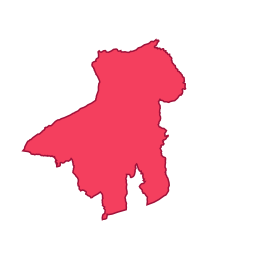 the district of Moniquira, Boyacá, Colombia, rotated 41°
{"feature_id": "7082276B18145411913981", "entity_name": "Moniquira", "entity_type": "district", "adm_level": 2, "iso_a3": "COL", "parent_name": "Colombia", "parent_adm1": "Boyacá", "projection": "robinson", "projection_center": [-73.547, 5.87], "detail": "fine", "context": "isolated", "style": "filled", "palette": "rose", "viewbox_px": 256, "rotation_deg": 41, "n_neighbors": 0, "source": "geoboundaries", "source_scale": "gbopen_adm2", "svg_char_len": 5844}
<svg xmlns="http://www.w3.org/2000/svg" viewBox="0 0 256 256"><g transform="rotate(41 128 128)"><path d="M168.8,213.9L169.0,213.4L170.5,211.7L171.1,210.3L169.7,207.8L168.9,206.8L170.1,206.2L172.6,203.1L175.4,198.2L180.2,190.8L178.8,188.9L177.5,187.7L176.2,185.8L174.0,184.7L173.1,183.7L171.4,182.5L170.6,180.1L170.4,178.3L168.8,176.5L166.6,174.9L165.1,173.1L164.2,171.5L162.1,170.0L161.0,168.4L160.0,168.1L159.4,167.3L158.9,165.7L158.3,164.9L157.3,164.0L159.3,162.3L159.8,162.1L161.4,162.8L162.2,163.5L162.5,163.5L162.9,163.2L163.3,162.4L163.8,161.0L163.5,159.1L161.9,156.1L161.4,155.7L160.7,154.6L160.3,153.0L159.5,153.0L158.2,151.4L158.0,149.5L158.7,149.5L160.2,150.7L162.1,151.6L162.8,152.2L163.6,152.2L164.3,152.7L165.5,152.7L166.3,151.9L167.8,153.9L168.2,153.7L168.3,153.0L168.7,152.6L170.2,153.6L170.6,154.5L172.4,156.0L173.2,156.1L173.8,155.9L173.9,157.6L174.6,157.4L175.2,157.8L176.0,157.1L176.2,159.5L175.1,160.8L174.8,161.5L174.7,163.0L175.0,164.7L176.7,165.3L177.9,165.3L179.3,165.5L180.4,166.5L181.3,166.7L182.0,167.3L182.5,167.2L182.9,166.6L183.6,166.5L186.1,167.2L188.0,167.4L189.3,169.3L190.8,170.7L192.7,173.5L196.3,166.9L198.2,161.8L199.7,155.5L200.5,153.7L200.4,152.4L199.8,149.0L199.2,148.1L198.8,147.9L197.6,146.7L196.8,144.3L194.7,142.3L191.1,139.9L190.1,139.5L189.4,139.5L188.1,138.6L186.6,138.2L186.0,137.1L185.2,137.1L184.4,134.9L183.1,133.7L182.2,133.6L181.7,133.3L180.4,131.7L179.0,129.5L177.9,128.5L177.5,127.8L176.9,127.4L176.8,126.7L175.7,126.0L175.0,126.1L173.7,126.7L171.1,126.6L170.4,125.5L169.1,125.0L168.7,123.6L165.6,122.3L165.5,120.4L164.7,120.0L164.4,119.4L164.8,118.5L165.6,117.8L165.6,116.5L165.3,116.2L163.9,115.9L163.5,115.0L162.7,115.0L162.6,114.4L162.7,113.5L163.2,113.2L163.7,111.6L163.7,110.9L163.2,109.6L163.7,108.5L163.5,107.5L163.1,107.3L162.0,109.2L161.3,109.8L160.9,109.8L160.2,108.7L159.6,108.5L159.2,108.0L159.1,106.3L158.7,104.7L155.3,104.8L154.4,105.6L152.9,106.1L152.0,106.0L151.1,106.6L150.4,106.5L148.5,105.5L148.5,104.5L147.7,103.6L147.3,102.5L147.2,101.1L146.3,99.4L145.1,98.2L143.5,97.5L142.8,96.7L142.4,95.7L142.2,95.5L141.8,95.7L141.0,94.8L139.7,93.0L139.5,92.2L137.5,90.1L134.9,89.1L134.2,88.2L133.7,88.0L133.7,86.9L133.2,85.5L133.7,85.2L134.5,85.6L136.2,84.5L138.0,84.5L140.1,82.8L141.5,82.2L142.1,81.7L142.2,80.9L143.6,78.8L145.3,76.7L145.8,73.0L145.4,70.0L145.5,69.3L146.5,68.3L146.0,67.4L146.1,67.0L146.5,66.6L146.1,66.3L146.0,65.6L145.4,64.7L144.7,64.0L143.7,63.5L143.6,63.0L143.8,62.3L145.3,61.6L145.7,60.8L145.6,60.5L144.3,59.9L142.2,57.1L140.0,57.6L140.0,55.9L137.3,53.3L136.7,53.2L135.6,53.6L134.1,52.5L132.7,52.4L131.5,51.9L130.8,52.3L129.6,51.8L128.8,52.3L128.0,52.3L127.1,51.2L124.8,51.5L122.6,49.9L121.4,50.2L120.2,49.8L118.9,49.8L118.1,49.4L117.0,48.4L116.3,48.4L115.3,46.7L114.5,46.4L112.3,46.3L111.0,45.1L110.0,46.2L109.5,46.2L108.0,45.6L106.9,46.2L106.6,45.9L106.0,44.9L105.6,45.1L105.3,45.8L104.1,46.0L103.4,45.2L102.8,45.0L102.2,45.5L101.4,47.3L100.9,47.4L100.0,46.9L99.6,47.0L99.0,47.5L98.4,48.8L97.8,48.8L97.6,48.3L97.1,48.2L95.6,49.7L95.1,49.7L94.5,49.0L95.0,46.9L94.6,45.2L94.1,44.2L94.3,42.3L93.7,41.8L93.0,42.0L92.1,43.3L91.7,43.3L91.2,43.0L91.0,44.6L90.5,46.2L89.3,46.8L88.6,47.7L88.5,49.6L88.0,51.1L85.8,54.5L84.8,58.3L83.2,60.9L83.0,63.6L81.4,66.7L80.6,67.8L79.7,68.3L79.3,70.1L77.8,71.4L75.6,72.5L75.3,73.1L73.1,74.9L72.5,74.8L71.8,74.3L70.9,75.8L70.4,76.3L69.4,76.3L68.5,75.8L67.4,76.1L66.9,76.6L65.5,78.2L65.0,80.5L63.6,83.6L62.1,84.8L61.7,84.9L60.5,84.4L60.0,84.5L58.9,85.8L58.1,88.4L57.2,88.9L55.6,88.7L55.5,90.2L57.5,91.8L59.3,93.9L59.4,94.5L58.8,96.5L59.2,98.0L60.0,98.7L59.3,99.6L58.6,100.9L58.4,102.4L59.0,103.1L59.2,103.8L60.2,104.7L62.8,105.2L63.2,105.7L64.0,105.7L65.0,106.7L65.9,106.8L66.9,107.5L68.4,108.0L68.6,108.5L69.9,108.6L71.2,109.0L74.9,110.7L76.1,111.4L76.8,112.3L76.8,113.4L78.7,116.4L81.1,119.1L83.3,124.8L84.1,125.6L84.4,126.7L85.4,128.2L85.3,129.0L84.2,133.2L82.5,137.0L82.2,138.8L81.3,141.2L79.4,144.6L79.1,147.9L77.7,151.0L77.8,151.5L76.9,153.0L76.0,156.0L73.2,162.0L71.5,164.9L71.0,166.6L69.7,168.1L68.9,170.7L68.6,176.4L67.9,177.3L66.8,178.0L66.5,180.3L66.0,181.1L65.5,181.4L65.2,182.3L65.2,182.6L65.8,182.9L66.1,184.5L65.7,185.1L65.7,185.9L65.4,186.6L65.6,187.5L65.4,188.1L65.2,190.4L64.6,191.3L64.0,191.7L62.6,197.6L62.4,200.3L61.8,201.0L61.7,202.5L61.1,203.8L61.4,205.5L62.5,209.9L63.6,211.7L63.6,214.2L68.6,211.0L69.4,210.9L70.1,210.5L72.0,211.1L73.6,210.2L74.0,209.7L75.1,209.4L76.2,207.8L77.5,207.0L77.9,206.4L79.1,205.7L80.6,205.7L81.4,204.9L82.7,204.3L83.3,203.2L83.7,203.2L84.8,202.5L85.1,202.0L85.4,202.0L85.5,201.6L86.0,201.7L86.4,201.1L87.3,200.4L88.4,200.1L88.7,199.3L89.4,199.1L89.6,198.7L90.6,198.8L91.3,198.0L91.6,198.5L92.3,198.4L92.6,198.8L94.2,199.1L94.7,199.7L95.2,199.5L95.0,200.6L95.4,201.2L96.7,200.9L98.2,201.3L98.2,201.8L97.5,202.1L98.6,202.7L99.3,203.7L99.6,204.0L99.8,203.9L101.3,201.7L101.4,201.1L101.1,200.3L99.8,199.0L99.9,198.2L100.3,197.8L101.5,197.4L102.0,196.9L102.5,196.1L102.7,193.8L103.7,192.7L104.8,192.1L105.4,190.0L105.1,188.3L105.3,188.3L107.0,188.6L107.4,189.3L108.5,189.6L109.2,190.5L109.9,190.8L110.5,191.6L111.1,192.0L112.1,192.0L112.3,192.5L113.2,193.3L113.4,194.3L114.2,195.2L114.4,195.9L115.6,197.7L119.2,198.0L120.4,198.5L122.4,198.6L124.5,199.6L126.0,201.6L126.3,202.5L128.3,204.3L129.5,204.1L131.2,206.1L132.2,206.1L133.4,206.5L133.5,206.1L133.9,205.7L134.1,204.8L135.0,204.4L135.5,203.9L136.9,203.9L137.6,203.6L138.2,203.6L138.7,204.0L139.3,205.4L139.6,205.6L140.4,205.3L142.1,205.3L144.2,204.5L145.8,205.0L146.6,203.8L146.6,202.5L148.5,197.3L149.1,194.4L152.1,194.9L153.3,195.8L154.2,197.0L155.1,197.4L155.3,198.4L156.2,199.8L156.8,200.1L157.6,201.2L159.1,202.2L159.5,203.1L161.5,203.2L162.1,202.9L162.3,203.1L162.6,204.6L164.3,204.7L164.9,205.3L166.5,207.6L166.0,209.5L166.1,210.3L167.5,212.7L168.8,213.9Z" fill="#f43f5e" stroke="#9f1239" stroke-width="1.5"/></g></svg>